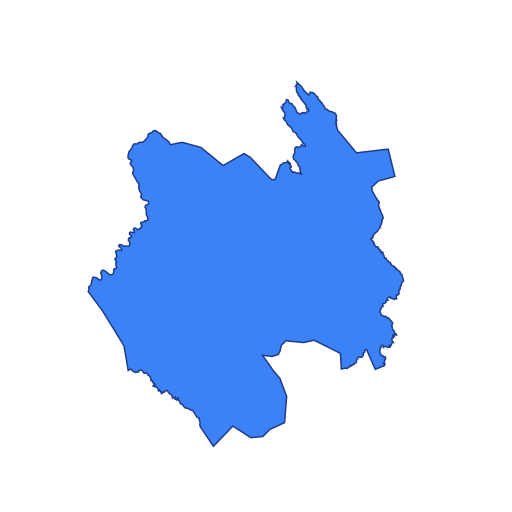 the district of Cagaan-Uul, Hövsgöl, Mongolia, rotated 240°
{"feature_id": "93677404B10407015585804", "entity_name": "Cagaan-Uul", "entity_type": "district", "adm_level": 2, "iso_a3": "MNG", "parent_name": "Mongolia", "parent_adm1": "Hövsgöl", "projection": "natural_earth1", "projection_center": [98.66, 49.521], "detail": "fine", "context": "isolated", "style": "filled", "palette": "blue", "viewbox_px": 512, "rotation_deg": 240, "n_neighbors": 0, "source": "geoboundaries", "source_scale": "gbopen_adm2", "svg_char_len": 6149}
<svg xmlns="http://www.w3.org/2000/svg" viewBox="0 0 512 512"><g transform="rotate(240 256 256)"><path d="M317.2,106.9L317.7,105.9L319.1,104.7L318.9,103.6L313.4,98.6L312.8,95.5L310.4,94.5L309.1,92.9L286.2,95.6L244.2,96.8L220.8,88.1L220.8,91.0L217.4,92.0L215.7,93.1L214.3,96.3L215.3,97.6L214.6,99.6L212.7,100.4L211.0,100.2L210.1,100.8L209.9,102.1L209.0,103.0L207.0,103.0L204.5,104.0L200.3,102.8L199.9,103.8L197.3,103.5L196.4,104.5L194.6,104.1L195.5,102.8L194.7,101.8L192.0,104.5L189.7,104.7L188.5,105.4L188.1,105.2L188.4,104.2L187.9,104.1L186.9,105.8L184.1,105.3L184.1,106.0L185.0,106.8L183.9,107.9L184.6,111.2L184.3,111.6L179.8,112.3L178.0,113.5L174.6,112.7L174.6,114.2L173.9,115.5L173.5,115.6L172.7,114.3L170.9,115.4L170.8,115.9L172.2,116.9L172.2,117.3L171.5,117.8L170.4,116.6L168.0,117.3L166.2,116.7L165.2,117.0L164.5,117.9L160.2,118.5L157.1,121.6L156.0,121.9L153.7,124.0L146.0,124.3L143.7,125.8L142.7,125.0L139.3,124.2L138.3,123.1L135.7,122.4L112.5,124.0L120.3,150.9L101.3,160.6L96.3,171.6L98.9,181.5L97.4,197.4L119.0,212.3L138.0,215.5L148.2,213.7L166.8,212.0L161.0,219.7L159.6,226.1L161.6,229.2L166.1,233.4L167.0,237.4L167.9,239.0L157.3,253.9L153.9,264.3L129.5,280.4L115.4,273.4L114.3,277.2L112.9,278.8L113.4,280.1L113.2,282.4L113.9,282.7L113.9,283.5L113.2,283.9L113.5,286.2L113.1,286.6L113.6,286.9L113.6,289.3L115.7,291.4L117.0,294.0L116.9,295.1L115.5,296.6L115.6,297.7L116.5,299.6L118.3,300.3L118.5,302.1L120.2,303.3L120.0,304.4L119.6,305.0L98.2,302.6L96.8,312.5L98.3,313.8L98.6,312.9L99.4,312.8L99.7,313.8L102.1,316.1L102.1,317.0L103.3,316.9L104.1,317.5L104.2,316.8L105.2,315.8L106.3,316.1L107.1,315.1L109.6,314.8L112.1,315.8L114.2,317.8L114.3,318.6L115.6,318.9L115.4,321.0L114.8,321.4L113.3,320.7L113.6,321.5L113.1,322.0L113.1,323.2L111.2,324.2L110.3,325.7L110.2,326.9L112.0,327.0L111.0,328.1L112.8,330.5L112.3,331.7L115.6,331.6L116.8,332.8L116.5,333.9L117.9,334.5L117.3,335.3L118.6,335.1L119.2,335.5L117.3,338.1L118.7,338.3L119.6,337.5L121.7,338.2L122.8,337.7L125.6,337.9L126.4,338.5L127.4,338.4L129.7,341.0L136.4,339.7L136.8,338.6L139.0,338.2L139.2,337.2L141.4,335.5L143.4,335.1L146.1,335.6L148.7,339.1L148.9,340.9L150.5,341.2L151.2,342.1L150.7,343.2L150.9,345.3L152.1,346.3L151.7,348.1L153.2,348.0L154.0,350.0L153.3,351.9L152.0,351.6L150.4,353.5L149.3,353.9L149.5,355.1L148.6,356.3L151.9,357.7L151.3,359.0L151.7,361.1L154.6,362.3L155.0,364.0L156.8,365.1L157.2,366.1L160.5,369.5L160.3,371.0L160.8,371.4L166.9,373.0L169.3,372.4L170.4,372.8L173.3,371.5L174.0,370.8L174.9,371.4L175.6,370.6L176.8,370.9L180.5,368.8L183.2,369.1L184.2,367.8L185.3,368.1L187.8,367.1L188.9,367.6L189.5,366.4L193.3,367.1L194.4,366.5L195.4,367.8L196.5,367.0L196.5,366.2L197.5,366.9L198.6,365.9L199.4,366.4L200.3,365.7L201.2,366.3L202.0,365.7L203.2,366.0L203.7,364.6L207.1,364.1L207.8,364.7L208.8,364.4L209.6,364.8L212.9,363.8L213.5,364.5L213.2,366.0L214.3,367.2L215.0,367.2L216.3,370.5L216.6,373.3L218.2,376.3L218.6,378.1L219.9,378.6L221.1,380.8L222.5,381.7L222.8,382.5L223.9,382.7L225.0,385.0L228.8,386.1L230.2,385.8L234.4,386.8L236.0,386.6L239.4,388.0L241.1,389.8L244.7,388.9L245.4,389.4L246.0,389.1L254.7,389.1L255.9,390.1L257.7,390.4L259.8,399.4L255.5,416.1L282.5,423.9L295.1,394.6L324.3,389.6L329.6,391.1L329.9,391.6L330.3,391.2L331.6,392.4L332.7,392.3L333.1,393.9L334.6,393.9L337.3,395.9L340.3,395.9L341.2,394.8L342.7,394.2L344.9,391.7L347.4,390.9L348.8,389.5L351.8,389.9L354.5,389.4L355.4,389.8L357.3,388.9L358.1,389.2L360.3,388.4L363.2,388.9L364.7,388.0L367.1,387.9L369.3,386.7L370.8,384.9L369.1,382.3L369.3,382.0L374.9,380.4L380.0,380.1L385.9,378.3L385.1,378.1L384.3,377.2L384.3,376.6L383.5,376.4L383.2,375.3L383.0,375.8L378.8,373.6L377.0,373.3L375.3,373.6L373.9,373.0L370.8,373.9L370.0,373.4L361.5,374.7L359.8,373.7L358.3,374.0L357.4,373.4L357.4,374.4L355.3,374.5L355.3,371.4L354.9,370.4L355.0,369.8L356.1,369.4L356.1,368.8L357.1,367.8L356.6,365.2L357.7,364.9L359.1,363.3L365.9,364.0L367.2,363.1L369.7,363.3L371.6,361.4L375.0,361.7L376.1,360.9L376.1,360.3L374.0,358.6L373.7,354.8L372.9,355.1L371.1,353.1L372.2,352.4L369.8,352.0L364.7,352.4L361.8,350.2L361.5,349.6L362.0,348.8L360.0,348.5L357.4,349.4L353.8,349.1L349.6,350.7L345.2,350.4L342.9,352.0L337.9,352.0L332.5,353.4L329.8,353.0L328.7,354.1L327.8,354.3L326.2,353.4L327.2,352.3L329.6,351.2L328.5,349.2L328.4,347.3L329.9,346.5L330.4,344.8L329.1,342.7L326.2,341.7L325.0,339.5L323.1,337.6L321.2,337.1L318.2,338.0L315.1,338.3L313.4,337.8L311.3,338.3L306.8,336.5L304.5,336.7L304.2,335.8L306.6,334.6L307.7,332.3L309.0,331.7L310.4,330.0L310.0,329.7L310.3,329.5L314.4,329.2L315.9,330.1L315.4,330.8L315.8,331.3L317.3,331.2L319.0,331.9L320.3,331.5L319.2,330.8L320.1,330.4L322.5,331.0L321.8,329.5L322.0,327.8L322.9,326.4L322.4,325.1L322.6,322.5L313.0,311.2L313.0,309.6L314.2,308.1L315.9,307.2L344.2,300.4L350.7,296.9L350.8,272.7L377.5,262.6L391.3,249.0L395.1,237.9L396.0,237.4L398.3,237.7L405.2,234.8L410.2,234.4L410.8,233.4L414.8,231.9L415.7,229.6L414.9,227.5L415.5,225.7L415.4,223.5L413.6,222.1L412.7,220.8L411.0,215.1L412.9,211.5L412.6,209.1L412.8,208.1L413.9,207.0L413.8,205.8L413.4,204.6L411.4,202.3L409.9,198.2L407.2,195.6L405.0,194.3L404.0,194.2L401.0,196.3L399.3,193.5L398.1,193.2L394.7,193.8L392.2,193.4L389.2,190.4L379.6,190.3L377.3,190.9L374.0,188.7L371.0,187.7L366.9,187.9L364.6,185.6L360.9,186.6L357.8,189.9L356.0,190.0L354.8,189.1L355.0,185.7L353.8,184.3L350.8,184.1L346.5,181.6L343.1,181.5L341.2,180.0L341.1,178.7L342.1,177.4L341.7,175.9L342.6,172.9L341.8,172.3L338.7,172.2L337.7,168.3L338.0,166.9L340.2,165.6L341.1,164.4L340.1,162.9L337.7,162.9L337.0,162.0L339.4,159.5L339.4,158.1L337.8,157.3L336.5,158.0L334.9,157.9L334.7,156.2L335.1,155.2L334.7,154.2L333.3,153.3L331.6,153.6L329.9,153.0L328.5,152.0L328.0,150.7L329.0,149.6L330.4,146.5L333.0,145.1L333.8,144.0L334.1,143.4L333.8,142.4L332.7,142.1L330.3,143.1L328.3,142.8L328.2,142.1L330.1,139.6L330.2,136.7L325.1,135.3L323.7,132.1L321.1,132.4L320.2,131.9L320.1,131.4L320.8,131.9L319.2,130.6L315.6,129.4L315.2,128.6L315.7,127.0L315.5,126.1L313.1,124.7L311.9,123.4L312.2,121.0L312.9,120.0L318.9,117.6L320.3,116.4L320.4,114.8L318.9,113.1L314.5,111.9L312.8,110.1L313.3,108.6L317.2,106.9Z" fill="#3b82f6" stroke="#1e3a8a" stroke-width="1.5"/></g></svg>